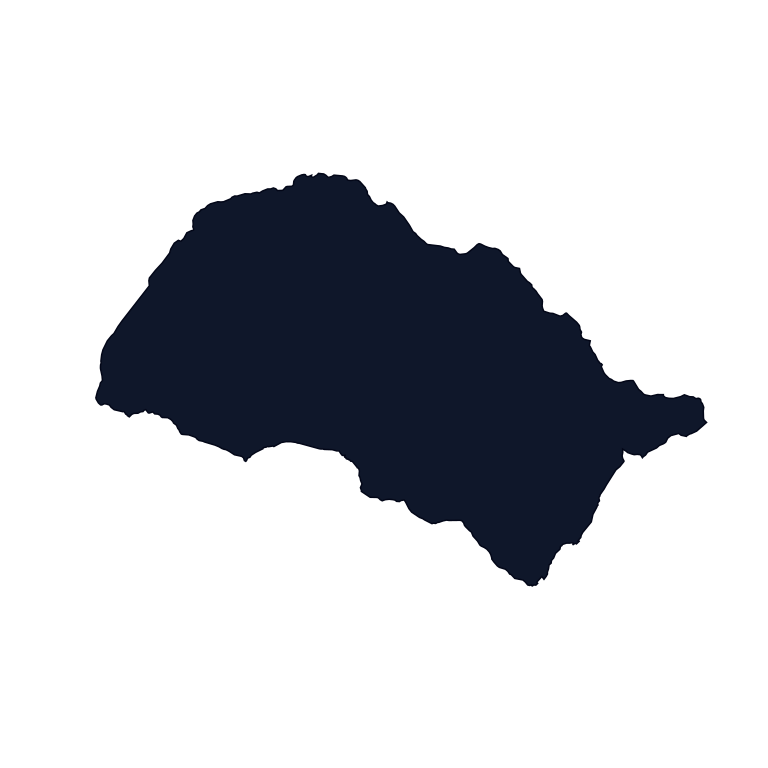 Mateesti, Vâlcea, Romania (Natural Earth projection), rotated 138°
{"feature_id": "2599482B65996963164796", "entity_name": "Mateesti", "entity_type": "district", "adm_level": 2, "iso_a3": "ROU", "parent_name": "Romania", "parent_adm1": "Vâlcea", "projection": "natural_earth1", "projection_center": [23.859, 45.065], "detail": "fine", "context": "isolated", "style": "filled", "palette": "ink", "viewbox_px": 768, "rotation_deg": 138, "n_neighbors": 0, "source": "geoboundaries", "source_scale": "gbopen_adm2", "svg_char_len": 6171}
<svg xmlns="http://www.w3.org/2000/svg" viewBox="0 0 768 768"><g transform="rotate(138 384 384)"><path d="M601.8,570.3L607.3,566.6L608.0,565.4L608.9,561.0L608.6,558.1L607.7,557.2L605.1,556.5L603.6,554.7L602.1,552.1L602.4,549.3L601.7,545.4L596.6,538.1L595.5,537.4L596.1,534.5L595.6,533.4L595.9,532.3L595.3,530.0L591.7,530.2L589.5,529.5L586.4,526.9L583.5,526.2L581.6,524.8L579.6,525.0L578.2,524.4L578.5,520.2L577.9,519.5L574.5,517.9L574.4,515.2L572.2,512.9L571.3,510.8L571.5,508.7L571.2,507.5L567.2,503.6L566.1,500.1L566.0,497.4L566.5,495.8L565.8,492.2L567.0,488.8L567.0,487.3L567.8,484.9L568.1,482.4L567.4,481.3L563.1,476.8L560.1,471.2L559.6,469.3L559.8,468.1L559.2,465.7L556.8,462.5L556.3,461.2L550.5,451.7L548.6,447.7L547.6,444.5L546.4,442.2L545.8,441.7L544.9,439.8L544.0,437.3L542.5,431.5L538.2,425.5L537.8,423.1L539.0,420.5L538.5,419.0L537.4,419.1L535.1,420.2L532.6,419.3L530.3,419.9L525.1,419.1L517.3,416.9L516.3,417.4L513.5,415.8L512.4,415.6L511.7,414.6L508.0,412.2L507.7,411.2L499.4,409.2L495.3,406.6L491.9,403.5L488.6,399.6L487.9,398.1L486.5,396.5L475.3,379.0L474.2,377.7L473.3,377.1L472.2,375.4L466.4,369.8L464.0,366.0L462.2,364.3L462.7,361.1L462.8,358.9L461.7,357.8L461.6,356.8L460.8,357.3L460.5,357.0L460.9,356.6L461.7,356.5L462.1,356.0L461.6,354.4L462.0,354.1L462.0,353.6L461.4,352.5L460.9,352.3L460.9,351.3L460.4,350.9L460.4,348.9L459.3,347.7L459.7,340.1L459.9,339.7L459.4,338.5L459.5,337.8L460.4,335.9L463.9,332.6L464.4,330.5L466.0,327.8L467.2,324.5L470.9,322.7L472.0,320.0L472.7,319.3L470.1,309.1L464.8,304.1L464.3,302.8L464.2,300.5L463.5,298.4L460.5,297.2L457.3,294.9L454.7,292.0L453.5,290.3L453.2,288.4L451.2,286.3L449.5,286.1L446.7,284.4L446.6,284.0L447.0,281.6L448.9,274.6L449.2,270.3L446.9,261.1L445.3,258.0L444.8,255.9L441.8,248.1L440.5,247.6L438.9,245.8L436.8,245.3L435.8,244.5L431.8,242.8L428.6,241.0L427.0,239.1L418.8,231.9L417.7,230.5L417.7,227.5L418.7,225.3L418.9,223.6L418.6,217.7L418.1,215.5L419.6,211.4L419.6,204.6L420.5,200.2L420.2,198.5L418.9,195.5L418.1,192.5L418.1,188.8L418.7,186.0L420.4,182.4L421.0,181.9L421.4,178.3L421.5,173.0L421.0,170.6L417.7,165.1L417.3,161.9L417.8,158.7L417.0,157.2L416.9,152.0L411.9,145.4L411.5,142.2L411.7,138.5L410.6,136.9L408.8,136.1L408.7,135.9L409.2,135.4L408.8,134.6L407.3,134.5L405.7,132.9L403.2,133.0L403.1,134.5L395.5,135.3L395.8,131.8L392.3,132.5L389.7,133.4L388.4,134.9L385.5,136.5L382.4,139.1L379.7,139.0L377.6,140.8L374.3,141.2L369.9,143.4L363.9,143.5L361.5,145.2L360.1,144.9L358.6,145.3L354.8,143.6L352.3,141.3L351.2,140.8L349.8,139.1L349.9,138.6L350.9,138.4L350.9,138.1L348.7,137.7L348.2,137.1L348.0,136.4L343.6,136.5L345.0,137.2L345.2,137.7L340.4,138.3L338.7,139.6L335.8,140.7L322.2,142.8L316.0,147.3L308.7,149.9L306.9,150.8L306.0,150.8L305.3,152.0L304.4,152.7L302.1,153.0L300.4,155.8L298.8,156.2L297.3,157.2L290.7,158.7L286.3,160.2L269.1,165.0L264.0,164.8L257.9,165.8L257.2,166.1L256.4,169.1L255.1,171.3L252.4,173.3L250.2,176.0L249.1,172.3L248.8,170.0L246.8,166.3L245.4,164.1L242.8,162.2L240.9,160.0L240.8,158.8L241.3,156.3L240.1,156.5L237.2,156.2L233.7,157.0L224.2,154.1L220.5,154.1L216.3,152.6L214.4,152.3L213.4,152.3L209.5,153.9L205.3,153.7L198.0,150.0L197.5,147.1L194.3,142.7L193.5,142.9L190.3,142.3L189.0,141.6L183.2,139.8L170.0,139.6L170.2,142.9L169.9,144.0L169.1,145.2L164.7,150.4L162.0,152.7L160.6,156.2L160.3,158.8L159.2,160.4L159.1,161.4L159.4,162.3L160.0,163.2L162.0,164.4L162.8,167.5L165.4,170.1L168.0,175.0L172.0,176.1L178.6,179.6L181.8,182.7L183.6,185.1L184.1,186.2L184.2,187.6L184.0,188.7L183.5,189.2L187.9,193.2L193.7,196.4L197.1,201.0L197.9,202.7L197.9,206.3L198.4,209.7L196.6,219.2L196.7,220.0L198.3,221.5L202.1,224.3L206.7,226.5L209.0,228.3L211.4,232.5L211.9,235.1L213.0,237.5L213.3,243.0L213.0,245.4L211.0,251.3L210.2,251.9L209.0,252.2L208.9,253.6L209.7,255.5L209.3,256.9L209.4,258.4L207.4,264.7L207.4,268.2L205.8,273.5L205.9,274.6L204.9,275.8L201.8,278.1L205.2,283.0L205.8,284.9L205.9,286.4L204.6,289.0L202.5,290.4L201.8,293.4L200.2,295.7L199.7,296.9L199.5,301.0L200.8,311.3L200.9,314.5L201.7,315.1L205.3,315.3L207.8,316.6L211.2,323.4L213.4,325.7L216.6,331.2L215.4,334.3L214.2,336.3L211.0,339.3L210.0,341.0L209.4,348.5L208.9,351.2L209.0,354.5L209.3,354.9L209.1,356.5L209.0,357.4L207.9,358.8L208.1,361.7L208.8,364.5L208.7,373.7L208.3,375.3L206.0,379.2L208.6,382.7L209.1,383.7L209.4,385.5L209.6,392.0L207.9,394.3L209.4,401.0L208.6,405.1L209.1,407.5L210.8,410.6L212.7,412.1L214.9,415.3L216.8,418.9L218.5,423.3L219.5,424.7L221.4,425.2L225.7,425.0L234.6,425.5L236.3,426.2L240.9,429.5L241.8,431.0L242.1,432.6L241.6,437.2L243.7,439.4L245.2,442.1L247.7,445.1L249.8,448.8L258.3,458.5L258.7,460.1L258.8,463.2L259.6,466.8L260.1,472.2L259.8,474.7L260.5,477.8L258.9,484.9L257.6,495.0L258.2,500.9L257.0,509.0L257.1,511.5L258.0,513.9L259.8,516.1L259.9,517.2L261.5,516.3L262.7,516.4L265.6,517.6L269.2,520.1L270.0,522.3L270.2,524.3L270.7,525.8L270.5,529.3L269.4,533.0L269.4,535.9L267.5,538.6L267.1,541.1L266.5,542.4L266.5,550.7L267.1,552.8L268.2,554.4L272.6,557.5L274.2,559.3L274.5,560.3L274.0,562.0L274.1,563.4L274.5,564.8L275.6,566.4L281.4,572.7L284.1,573.2L286.7,574.5L287.3,575.4L287.5,578.0L288.2,580.4L291.8,584.4L293.8,584.1L298.2,584.9L298.8,585.5L299.1,586.9L298.1,587.6L301.1,588.6L302.1,589.4L302.7,590.5L302.4,592.2L303.2,593.2L305.3,594.5L309.6,596.0L311.4,596.1L314.5,595.4L315.5,594.9L317.9,592.7L319.2,592.4L320.3,592.7L323.8,595.6L324.9,596.1L329.1,595.7L330.0,595.9L333.7,599.0L333.8,601.5L335.0,603.7L337.7,604.8L339.9,606.8L345.1,608.7L348.9,609.4L349.7,611.0L350.4,611.7L354.1,613.8L355.7,614.2L360.0,618.4L367.4,621.9L369.1,623.6L372.0,624.5L373.9,624.2L381.3,626.8L383.4,628.4L385.6,630.7L392.4,634.0L395.7,634.6L399.5,634.2L403.5,635.9L406.0,635.5L408.7,636.2L412.3,635.6L416.6,633.4L418.8,630.5L420.9,628.7L421.8,626.4L422.6,625.8L424.8,626.9L429.3,628.3L435.4,626.1L438.6,626.0L439.5,626.1L440.7,628.4L445.6,629.0L452.1,627.0L455.6,624.8L468.0,622.3L477.8,621.4L487.4,619.8L489.6,618.1L492.7,614.0L536.3,606.2L543.1,604.7L551.0,602.2L554.2,602.2L560.7,601.2L569.9,597.5L574.2,594.7L579.1,590.4L580.0,589.0L581.9,587.8L583.5,586.2L584.5,585.0L588.1,578.7L590.9,575.0L594.1,574.5L596.6,572.7L601.8,570.3Z" fill="#0f172a" stroke="#020617" stroke-width="1.5"/></g></svg>